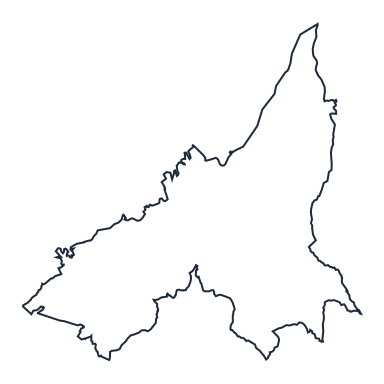 outline of Babana, Arges, Romania, rotated 270°
{"feature_id": "2599482B94335816711173", "entity_name": "Babana", "entity_type": "district", "adm_level": 2, "iso_a3": "ROU", "parent_name": "Romania", "parent_adm1": "Arges", "projection": "natural_earth1", "projection_center": [24.7, 44.889], "detail": "fine", "context": "isolated", "style": "outline", "palette": "slate", "viewbox_px": 384, "rotation_deg": 270, "n_neighbors": 0, "source": "geoboundaries", "source_scale": "gbopen_adm2", "svg_char_len": 5826}
<svg xmlns="http://www.w3.org/2000/svg" viewBox="0 0 384 384"><g transform="rotate(270 192 192)"><path d="M249.4,333.2L259.5,334.9L264.8,331.5L269.5,330.1L270.5,331.8L270.2,336.1L272.8,336.1L274.0,335.5L274.8,334.3L276.6,333.5L278.3,335.7L279.0,336.0L281.0,334.8L282.2,336.3L283.1,336.4L284.0,336.1L283.0,333.7L283.8,333.0L284.1,331.8L283.2,329.2L283.4,326.1L282.7,324.6L285.1,323.9L292.9,324.9L297.2,324.6L304.8,321.2L308.4,318.2L313.9,315.7L316.7,316.0L321.1,317.2L323.8,316.4L327.8,313.6L329.1,313.2L335.0,312.7L340.7,313.9L347.0,316.4L353.0,316.0L355.6,316.4L358.4,317.6L360.0,317.6L349.5,300.3L330.4,291.9L320.6,290.4L314.4,288.2L313.1,287.4L311.5,285.2L298.0,276.1L290.1,274.5L274.6,262.4L257.9,257.2L237.4,243.2L233.8,235.7L231.9,232.9L232.2,232.6L231.2,231.6L232.3,230.9L232.4,230.2L231.4,229.8L229.9,231.2L226.5,228.3L220.1,225.5L218.5,223.8L218.4,222.1L218.9,220.9L219.9,219.9L224.8,217.9L226.2,215.9L224.8,211.8L223.3,206.1L223.5,205.3L226.2,205.2L229.0,203.2L238.1,193.9L239.2,192.1L237.5,193.8L233.7,189.1L232.1,188.2L229.9,189.7L226.0,190.6L225.0,189.6L230.2,186.7L231.5,185.6L231.4,185.0L231.1,184.5L228.1,185.1L225.0,185.1L225.2,183.7L224.3,181.5L223.7,181.2L222.5,181.3L221.3,182.4L220.5,184.4L219.6,184.7L219.8,183.6L221.5,181.2L221.3,180.4L221.6,179.6L221.5,178.9L219.3,177.6L218.5,176.7L212.4,177.5L210.8,178.6L208.8,177.8L208.1,176.9L213.6,175.0L212.8,173.9L211.4,174.2L204.6,172.1L211.3,170.4L211.9,166.6L209.6,163.7L205.3,166.0L201.9,161.7L197.1,164.6L196.9,164.3L195.1,165.2L194.6,164.5L184.8,167.7L184.2,167.1L182.8,165.0L183.0,163.9L185.7,161.6L185.0,159.7L181.2,159.3L180.3,157.9L178.4,152.6L178.4,151.7L179.2,150.6L179.3,149.8L177.0,148.6L177.3,148.0L176.9,147.1L178.1,146.7L176.8,144.6L174.3,145.4L172.3,143.4L170.0,145.0L165.9,142.4L163.8,140.3L163.2,137.5L165.5,132.9L165.6,131.7L163.7,128.0L163.9,126.0L164.5,124.5L165.4,124.8L166.0,125.8L169.3,123.5L169.0,122.9L164.4,121.6L161.4,118.5L159.8,114.3L155.9,110.1L153.6,97.7L150.2,96.2L147.9,93.9L144.8,92.2L143.4,90.6L143.5,89.3L142.1,84.2L141.7,84.2L140.2,76.8L136.8,70.8L134.7,70.5L135.4,73.5L133.2,71.6L132.1,72.7L129.2,73.9L127.9,72.3L129.5,71.3L126.6,71.9L126.3,71.5L126.7,70.0L128.4,68.9L128.5,67.7L128.1,66.9L129.8,66.7L131.5,67.6L132.0,68.3L134.8,66.4L135.4,65.4L134.9,64.2L132.0,63.9L130.7,62.9L132.0,61.6L135.3,60.5L135.8,58.7L135.6,57.9L132.7,55.8L127.3,60.7L127.5,58.9L126.7,56.6L125.9,59.9L125.0,61.0L123.0,61.9L120.5,61.3L119.5,61.8L119.5,63.7L118.7,63.7L116.6,61.0L115.8,58.5L109.9,61.3L107.8,55.1L105.7,52.7L105.7,51.3L100.1,44.8L99.8,43.9L100.3,42.2L99.2,42.3L98.1,41.4L96.3,41.4L94.2,40.0L93.9,38.8L93.2,38.3L92.0,38.3L90.9,36.9L89.4,36.5L86.4,32.1L84.6,31.0L81.1,27.5L78.9,23.4L77.5,23.0L69.8,31.4L73.4,33.4L73.7,36.3L74.3,37.6L77.4,40.9L77.5,41.8L76.4,42.6L76.9,43.3L76.5,43.8L74.8,43.2L73.3,41.5L73.3,40.8L71.2,38.5L71.0,37.1L63.5,59.7L62.7,64.6L58.6,77.8L59.5,80.0L59.0,81.7L58.0,83.3L57.1,84.0L56.6,83.8L56.1,82.8L56.4,82.6L55.4,81.7L55.3,81.0L52.7,79.8L52.2,80.5L51.4,80.2L47.6,77.8L44.5,81.6L45.5,84.9L45.1,85.3L45.7,85.7L47.4,90.6L48.2,91.3L43.2,91.3L42.7,92.2L40.2,92.6L40.2,95.2L39.5,95.8L35.8,95.3L32.5,96.8L32.3,97.5L28.3,98.5L27.6,99.3L28.3,101.2L27.4,101.5L24.0,109.2L26.2,109.9L32.2,110.1L33.2,111.9L33.7,116.5L34.9,119.6L38.9,121.7L42.6,125.7L45.8,127.9L48.5,130.6L49.9,135.2L51.5,139.1L53.6,141.6L53.9,145.1L52.8,147.3L52.9,148.1L54.6,150.6L61.0,155.7L65.4,156.2L66.6,157.3L69.8,156.5L70.5,157.2L73.0,157.4L73.0,157.9L74.3,158.2L77.7,157.0L80.1,157.2L82.5,154.5L84.2,153.7L83.8,155.5L84.8,158.5L86.6,161.5L87.4,166.9L89.7,166.9L90.4,167.6L88.5,169.0L88.7,169.8L86.1,172.9L86.1,173.4L86.8,174.5L88.4,175.1L88.5,175.6L93.8,176.8L94.4,179.0L93.8,180.1L93.6,182.3L93.9,183.1L93.5,183.8L93.8,184.2L93.9,185.9L95.4,186.4L97.7,188.7L102.0,190.4L105.2,191.0L107.7,190.9L111.2,189.7L112.4,191.9L114.2,193.5L118.9,196.1L118.0,197.4L116.3,196.6L114.6,197.5L113.6,196.0L108.5,195.8L106.6,197.7L107.2,198.6L101.0,200.7L100.8,201.2L93.6,203.2L92.7,204.6L92.7,209.0L93.8,211.7L93.8,213.2L92.2,214.1L90.3,214.1L87.8,215.9L89.1,219.1L89.1,221.1L86.0,229.5L84.6,230.9L81.1,232.8L74.9,234.7L71.9,233.3L70.2,233.4L68.7,232.8L61.8,232.8L58.7,230.7L54.5,230.5L54.0,230.9L53.9,232.3L51.6,234.2L50.4,236.0L47.7,237.6L47.6,239.3L46.4,240.7L46.1,242.6L45.4,244.2L42.9,246.4L43.3,246.8L43.5,248.3L39.5,254.9L36.0,256.2L33.3,259.7L28.1,264.0L24.5,266.1L26.2,268.1L27.7,268.3L28.6,269.4L30.4,270.2L31.7,269.7L32.2,271.9L33.6,273.7L36.5,274.7L37.4,277.4L39.6,278.1L44.3,279.1L47.1,278.2L52.6,272.8L55.7,278.8L56.2,281.4L58.9,286.4L58.5,289.3L59.9,294.5L59.2,296.9L61.5,299.2L61.2,301.7L60.0,303.6L58.4,305.0L54.9,307.0L51.5,308.0L52.5,309.9L54.1,310.2L52.8,312.0L50.9,312.3L49.8,314.7L45.9,315.7L45.2,319.2L43.1,319.6L42.8,321.0L42.2,321.6L42.8,322.2L42.6,322.9L44.5,322.4L52.5,323.3L59.8,322.8L64.3,323.8L68.3,323.9L71.4,323.2L74.5,324.2L76.2,323.2L78.8,324.8L81.8,324.8L83.7,328.5L83.4,331.2L83.9,333.9L81.8,339.6L78.9,341.3L79.8,344.0L78.2,345.3L73.5,347.6L73.1,349.8L72.2,350.6L73.3,354.2L73.0,358.2L70.4,360.1L70.1,361.0L73.8,359.0L74.8,357.2L78.5,354.6L82.0,353.6L82.2,352.4L84.8,349.9L88.9,349.3L90.5,348.0L92.6,347.5L92.0,347.0L92.4,346.4L95.0,346.4L100.6,342.3L102.3,341.8L106.4,342.1L107.1,341.5L108.6,341.5L109.3,340.5L114.1,338.3L114.5,337.2L114.1,335.8L116.4,334.5L116.1,332.8L117.0,331.7L117.0,330.3L118.9,328.0L118.5,326.7L118.7,324.5L120.9,323.3L121.8,321.2L122.8,320.5L123.4,318.5L126.6,317.1L128.7,314.5L131.6,313.0L131.7,311.8L133.1,310.5L134.6,310.4L137.1,308.9L143.6,315.8L149.5,313.0L156.2,312.1L158.4,312.3L160.9,310.9L164.4,312.0L171.3,310.9L174.7,311.1L180.7,312.4L183.6,314.5L184.4,316.9L187.7,318.0L187.9,319.3L194.7,321.9L201.0,323.7L203.0,327.4L211.9,328.9L214.1,331.5L220.2,331.7L231.5,330.9L236.7,331.8L239.7,333.2L243.8,332.7L246.9,333.6L249.4,333.2Z" fill="none" stroke="#1e293b" stroke-width="2"/></g></svg>